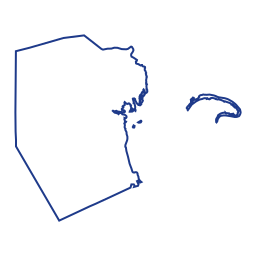 East Malaita, Malaita, Solomon Islands (Albers equal-area conic projection)
{"feature_id": "97153195B67887401050589", "entity_name": "East Malaita", "entity_type": "district", "adm_level": 2, "iso_a3": "SLB", "parent_name": "Solomon Islands", "parent_adm1": "Malaita", "projection": "albers", "projection_center": [160.97, -8.778], "detail": "fine", "context": "isolated", "style": "outline", "palette": "blue", "viewbox_px": 256, "rotation_deg": 0, "n_neighbors": 0, "source": "geoboundaries", "source_scale": "gbopen_adm2", "svg_char_len": 5884}
<svg xmlns="http://www.w3.org/2000/svg" viewBox="0 0 256 256"><path d="M84.1,35.4L63.4,38.0L29.7,47.7L15.9,51.2L15.7,77.1L15.4,112.3L15.6,131.6L16.0,139.9L16.0,146.4L59.2,220.6L89.8,206.3L95.6,203.8L130.5,187.6L131.4,184.4L133.8,184.4L134.6,185.7L134.1,186.9L138.0,185.8L138.5,184.5L137.7,182.7L138.6,182.7L138.3,181.6L137.5,181.7L137.1,181.1L138.7,180.2L140.5,182.4L141.4,182.0L140.1,180.9L139.0,179.4L138.5,177.8L138.5,177.2L138.4,176.6L137.6,174.8L137.6,173.8L137.2,172.8L136.6,172.3L135.6,172.2L134.8,172.3L134.2,172.6L133.6,172.5L133.0,172.3L132.4,171.6L131.4,168.4L129.6,163.7L128.0,156.7L126.4,151.0L125.9,147.4L125.5,147.1L125.3,146.8L125.4,145.0L127.1,140.4L127.4,138.9L127.4,136.6L126.6,134.1L126.5,132.1L125.4,130.0L125.3,129.4L125.5,128.8L124.9,128.0L124.6,127.1L124.9,125.2L124.7,124.0L124.3,123.6L124.3,123.4L124.7,122.8L125.7,122.3L126.0,121.7L124.9,121.5L124.8,120.2L124.4,119.6L124.4,119.0L124.7,118.6L124.6,118.0L125.4,118.3L125.9,118.1L126.3,117.7L126.5,117.3L126.5,116.3L125.8,115.5L124.4,114.5L123.2,114.5L122.3,114.3L121.6,113.0L120.6,112.9L119.5,113.2L118.6,114.0L118.4,113.6L117.4,113.5L116.8,113.1L115.2,112.8L114.6,112.6L112.8,110.9L113.0,110.7L114.6,111.4L116.3,110.8L118.0,111.7L118.8,111.6L120.4,112.0L121.6,112.0L123.3,112.3L124.2,112.2L124.6,111.6L124.9,111.6L124.9,111.2L124.3,110.5L122.9,110.0L121.9,109.9L121.8,108.9L122.3,108.3L123.1,107.9L123.4,107.5L123.1,106.7L122.7,106.3L123.3,105.7L124.4,105.4L124.7,105.1L124.7,103.6L124.4,102.8L124.7,102.1L125.1,102.4L125.5,103.0L127.2,104.0L128.1,103.6L128.7,103.7L128.9,103.4L129.3,103.5L130.0,104.2L130.2,104.8L131.0,105.3L130.8,105.7L130.7,106.1L131.4,107.9L130.7,109.5L130.6,110.5L129.8,111.1L129.7,111.7L132.0,111.6L132.1,111.4L132.0,111.2L132.7,111.3L132.9,111.2L133.0,110.9L132.8,110.6L132.4,110.7L132.2,110.4L131.9,109.1L132.0,108.4L135.4,110.9L135.6,110.1L134.9,108.8L135.2,108.0L135.2,106.7L134.6,104.0L134.2,103.6L134.1,103.2L133.6,103.0L133.8,102.4L132.8,98.8L133.1,98.5L133.4,98.6L134.2,98.4L135.1,99.1L135.2,100.2L136.4,102.6L137.3,103.9L137.7,104.1L138.4,105.0L138.7,105.0L139.4,103.8L139.7,101.5L139.8,99.7L139.4,98.6L139.6,97.7L139.5,96.8L140.2,95.0L140.6,94.8L141.5,93.7L141.9,92.5L143.6,90.7L143.4,89.6L143.6,89.4L144.3,90.5L144.6,91.0L144.6,91.5L143.8,92.5L142.6,92.7L142.0,92.9L141.1,94.9L142.1,95.3L143.0,96.1L143.4,96.1L143.9,95.7L144.1,95.5L144.0,95.1L144.3,95.0L144.6,94.5L144.6,93.8L145.2,93.6L145.3,93.3L145.8,93.0L146.4,92.8L146.5,92.4L146.9,92.3L147.3,91.7L147.2,89.9L146.5,89.5L146.5,89.3L146.8,89.4L146.8,88.9L146.5,88.8L146.6,87.3L146.4,86.3L146.6,85.1L146.3,84.6L146.1,83.6L146.2,83.0L146.4,83.1L146.1,82.3L146.3,81.9L146.1,80.0L146.4,78.8L146.5,77.3L146.8,77.1L146.8,76.7L146.5,76.4L146.5,75.6L146.1,75.1L146.1,74.4L145.8,73.8L146.2,73.0L145.9,72.5L145.8,71.9L145.5,71.5L145.3,70.6L144.8,70.2L144.7,68.8L145.1,68.0L145.0,67.0L144.4,66.6L143.3,66.5L142.8,66.3L142.4,65.9L142.1,65.0L141.6,65.0L141.2,65.4L140.7,65.5L138.9,64.5L138.7,64.2L136.3,63.6L136.0,63.2L135.9,61.5L136.8,60.8L137.0,60.0L133.6,57.7L131.5,56.6L131.1,55.1L131.3,53.9L132.5,52.3L133.4,50.5L133.3,49.2L131.9,46.9L131.1,46.6L127.9,48.9L126.2,49.3L121.7,49.1L117.5,47.8L114.3,47.7L111.4,48.6L107.5,48.7L103.0,49.6L101.5,49.0L84.1,35.4ZM240.6,112.1L240.0,109.4L236.3,105.0L235.2,103.9L232.4,101.7L228.9,99.7L227.4,99.0L224.7,98.2L218.8,97.3L217.3,96.8L215.6,96.0L213.7,95.4L209.6,94.6L206.6,94.8L204.1,94.7L203.2,94.5L201.9,95.0L200.4,95.2L199.4,95.9L199.0,96.4L199.2,97.0L197.7,98.6L197.3,98.9L194.4,99.8L193.0,100.7L192.8,101.1L192.6,100.9L192.1,100.8L192.4,101.3L192.3,101.5L192.1,101.4L191.9,102.0L189.6,104.2L188.5,105.7L187.5,106.6L186.7,108.0L186.8,108.3L187.6,109.1L187.7,110.1L187.8,110.2L191.8,104.5L196.2,101.3L199.7,99.5L202.5,98.9L203.2,98.5L204.5,98.2L207.2,98.3L206.6,98.6L206.7,99.0L207.2,98.9L207.6,98.4L208.3,99.0L209.4,99.3L210.1,98.9L210.1,98.6L210.3,98.5L210.6,98.6L211.1,98.0L212.3,97.9L215.7,98.6L215.7,98.8L215.2,98.7L215.4,99.0L217.7,99.5L218.1,99.2L221.1,100.0L223.9,101.2L223.9,101.4L224.0,101.6L224.3,101.7L224.5,101.4L224.8,101.3L229.9,103.0L230.9,103.7L231.4,104.6L232.0,104.4L232.0,104.7L232.3,104.7L232.5,105.0L232.9,104.9L233.5,105.4L233.4,106.2L233.9,106.6L233.9,106.3L233.7,106.1L233.8,105.7L234.1,106.3L234.5,106.2L234.8,106.6L235.3,106.8L235.1,107.0L235.3,107.4L235.0,107.2L234.9,106.9L234.9,107.5L235.4,107.7L235.9,107.6L236.3,107.8L236.7,108.8L237.2,109.3L237.3,109.9L238.0,110.2L238.4,110.8L238.2,110.9L238.3,111.5L238.1,111.7L238.2,111.9L238.1,112.7L237.6,113.1L237.7,114.2L237.1,114.9L235.7,115.5L234.8,115.5L233.2,113.8L233.0,114.0L233.6,114.6L233.4,114.7L233.6,115.0L233.4,115.2L233.1,115.1L232.0,113.9L231.6,114.0L231.5,114.4L229.6,113.9L229.4,113.7L229.2,114.0L228.5,113.3L226.3,113.1L226.1,113.3L225.5,112.7L225.5,113.0L225.4,113.0L225.0,112.6L222.5,112.9L220.5,113.6L218.2,115.1L217.4,117.1L216.4,118.6L216.1,119.7L216.1,120.4L216.2,122.1L216.5,122.4L217.2,121.5L217.7,119.4L218.4,118.1L219.6,116.6L220.9,115.8L223.8,115.4L226.0,115.5L230.7,116.2L234.8,117.0L236.8,116.9L238.9,116.2L239.3,115.8L240.1,114.4L240.6,112.8L240.6,112.1ZM142.9,100.7L142.6,99.9L141.8,99.3L140.8,99.4L140.4,99.8L140.0,102.4L140.1,103.4L139.7,104.6L140.1,105.3L140.4,105.2L140.7,104.8L141.3,104.2L141.1,103.5L140.6,103.2L142.0,102.4L142.9,100.7ZM141.4,121.3L141.2,120.8L140.9,120.7L138.1,122.4L138.4,122.6L139.0,122.7L140.6,122.5L141.0,122.1L141.4,121.3ZM142.0,95.9L141.7,95.3L140.9,95.5L140.7,96.5L140.0,97.3L140.1,97.6L141.1,97.8L141.6,97.6L141.9,96.6L142.0,95.9ZM193.9,98.1L193.7,97.8L192.9,97.6L192.5,98.3L192.3,98.3L191.1,99.3L190.8,99.8L191.0,100.1L191.0,100.6L191.5,100.0L191.6,99.6L192.0,99.0L192.4,98.8L193.1,99.1L193.8,98.6L193.9,98.1ZM134.6,126.0L133.6,125.4L132.8,127.0L133.1,127.5L134.1,127.6L134.3,127.4L134.3,127.0L134.6,126.0ZM142.6,97.8L142.1,97.3L141.8,97.3L141.5,97.9L141.7,98.3L142.0,98.4L142.5,98.2L142.6,97.8Z" fill="none" stroke="#1e3a8a" stroke-width="2"/></svg>